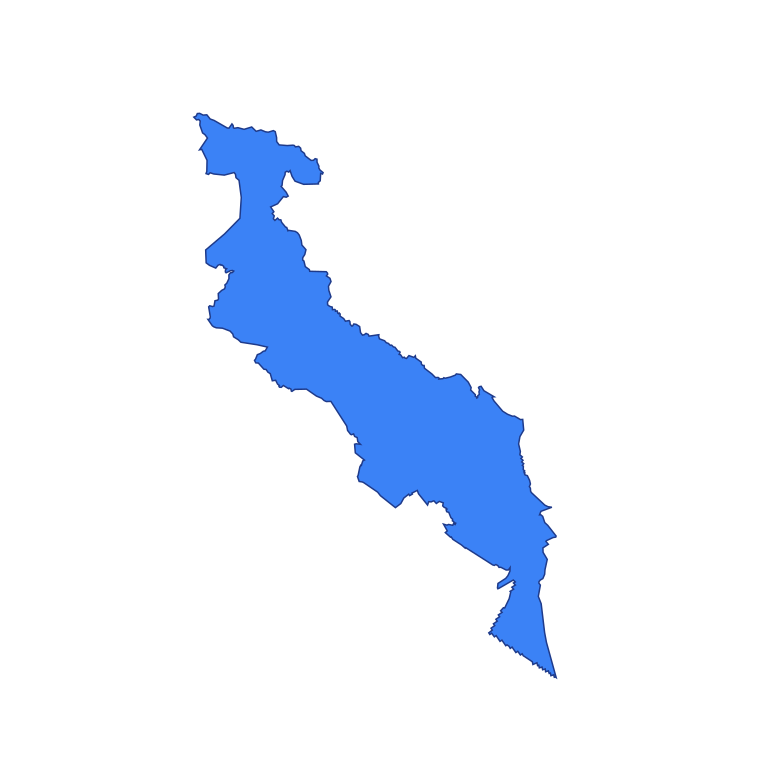 the district of Tlatlauquitepec, Puebla, Mexico, rotated 304°
{"feature_id": "50627088B68450400928549", "entity_name": "Tlatlauquitepec", "entity_type": "district", "adm_level": 2, "iso_a3": "MEX", "parent_name": "Mexico", "parent_adm1": "Puebla", "projection": "mercator", "projection_center": [-97.491, 19.839], "detail": "fine", "context": "isolated", "style": "filled", "palette": "blue", "viewbox_px": 768, "rotation_deg": 304, "n_neighbors": 0, "source": "geoboundaries", "source_scale": "gbopen_adm2", "svg_char_len": 6157}
<svg xmlns="http://www.w3.org/2000/svg" viewBox="0 0 768 768"><g transform="rotate(304 384 384)"><path d="M424.9,394.2L422.8,393.9L421.5,388.8L417.8,388.4L417.2,387.0L417.6,385.9L416.2,384.7L417.5,381.4L417.0,380.0L419.3,379.6L419.7,378.8L419.1,377.0L420.6,372.6L420.0,371.0L420.5,368.6L419.6,367.6L420.1,364.8L419.5,362.8L420.2,360.3L418.9,355.0L421.4,351.9L422.5,352.7L415.3,344.8L416.3,343.3L415.9,340.8L413.7,340.0L412.5,338.8L413.5,335.8L418.0,331.7L417.9,327.6L416.9,325.4L414.6,325.5L414.0,324.8L414.6,322.6L416.7,320.8L417.1,319.6L414.5,316.9L415.7,314.0L415.7,309.6L417.5,308.5L417.8,307.2L416.9,307.0L416.9,306.1L418.4,304.4L417.2,303.1L418.1,302.5L418.3,301.5L416.8,299.7L418.8,298.1L418.0,295.5L418.1,293.0L420.4,291.3L426.6,291.3L430.8,285.9L434.0,283.3L439.3,282.8L441.4,280.1L441.4,275.8L443.6,275.9L444.4,275.0L444.8,273.3L435.9,259.4L437.1,258.1L437.3,253.1L441.2,248.8L441.3,247.3L443.2,246.0L447.1,245.9L451.7,244.2L453.3,238.2L456.8,235.1L460.1,230.4L461.0,227.7L460.9,225.1L458.1,219.1L457.3,218.7L459.4,215.8L459.0,214.6L460.8,208.7L462.4,206.7L461.5,205.2L462.0,203.0L458.6,202.1L459.1,199.9L462.0,199.0L462.8,196.0L465.2,196.4L467.4,191.0L473.9,195.0L483.1,195.8L484.2,198.5L486.2,199.5L488.3,195.6L490.3,188.2L491.7,188.4L496.0,186.1L502.2,184.9L504.3,183.7L506.1,184.5L506.4,186.5L508.4,186.8L504.7,191.7L502.4,196.8L504.6,205.7L513.2,217.8L514.3,216.9L516.8,217.5L523.2,213.7L523.7,215.6L525.2,215.3L525.6,211.3L526.6,209.2L528.2,208.2L530.4,204.5L532.9,202.7L532.3,200.9L530.0,200.4L528.6,198.5L529.1,191.1L530.7,189.0L531.0,184.8L532.9,183.0L533.3,180.4L531.0,177.9L531.6,176.4L531.1,175.0L527.6,170.5L523.6,163.4L525.0,159.4L528.2,157.2L532.4,152.7L532.2,150.6L528.0,147.2L526.8,144.7L525.8,139.9L522.0,136.7L523.1,130.6L516.9,125.6L514.8,119.5L512.4,117.0L512.2,116.0L514.0,114.3L514.6,112.5L509.4,112.4L508.6,110.9L507.5,95.7L506.5,91.7L508.1,86.6L505.8,83.7L505.3,79.8L503.8,78.0L501.2,78.5L498.9,77.1L498.1,80.9L499.7,82.5L499.2,84.6L495.7,86.5L490.7,93.2L490.6,96.1L489.2,100.1L475.0,100.1L476.6,101.7L470.5,112.2L461.2,118.2L458.9,118.8L459.6,121.3L461.9,121.8L462.9,125.4L467.9,134.8L475.5,141.5L474.8,143.6L472.3,145.9L471.8,149.9L458.8,161.4L440.8,171.9L419.2,167.9L395.4,161.2L385.0,168.8L384.8,172.9L386.0,179.7L389.7,180.0L391.5,181.3L391.3,182.5L392.0,182.9L391.9,185.3L390.8,186.2L391.5,189.1L390.1,188.7L388.2,189.8L387.9,190.9L392.1,193.4L393.4,194.9L393.6,196.3L391.7,196.0L390.3,194.5L387.7,194.4L384.7,196.5L379.6,197.3L377.1,196.7L375.8,198.1L373.7,198.6L370.9,197.1L366.3,196.0L361.9,199.3L360.5,199.2L358.5,197.3L353.6,199.5L352.3,198.5L351.4,195.8L349.9,195.5L342.5,202.5L341.1,203.0L339.6,202.7L339.1,201.9L336.3,209.0L336.2,210.8L336.8,213.5L339.9,218.8L341.8,226.8L340.9,230.7L339.0,232.9L339.2,238.4L338.6,242.0L345.6,256.9L349.4,266.7L345.1,267.0L343.6,265.6L340.1,264.4L337.5,262.6L332.7,263.6L331.2,263.4L329.8,265.8L331.1,268.2L329.1,276.1L330.1,278.2L328.9,281.1L329.0,283.9L324.2,289.6L326.5,292.1L324.4,295.8L324.3,298.0L323.5,298.0L322.9,299.1L323.8,300.7L326.5,301.4L326.7,306.6L326.8,307.6L327.5,307.7L327.7,309.8L326.3,311.1L326.4,311.8L329.7,313.1L336.4,322.6L336.2,334.7L337.3,340.2L336.8,343.6L337.2,346.0L339.9,349.7L328.3,376.6L325.1,379.8L323.6,384.3L323.7,385.3L325.6,386.7L324.1,389.0L324.6,391.7L321.6,394.5L320.8,398.2L318.9,394.4L317.6,393.3L310.9,398.7L310.0,410.3L308.4,409.4L304.9,410.4L303.7,410.1L303.7,410.7L301.9,410.3L293.6,413.7L292.5,413.7L289.3,417.9L290.7,420.9L290.9,422.7L290.8,439.2L289.4,443.5L287.9,462.6L294.3,464.8L300.5,464.2L306.5,466.1L305.8,467.7L308.6,469.1L309.2,468.2L314.4,471.1L312.3,474.0L308.0,487.8L311.5,486.9L312.6,489.0L314.6,490.3L315.0,490.9L314.2,494.2L317.6,495.5L318.6,499.6L315.8,500.8L315.4,502.8L315.8,505.2L315.1,505.5L315.4,506.2L314.2,506.1L313.2,507.4L313.8,509.5L310.6,514.2L310.3,516.4L308.8,517.2L308.9,518.7L308.3,519.5L308.7,521.3L307.3,521.5L307.3,519.7L305.3,520.0L303.7,516.1L302.2,515.1L301.1,511.7L297.6,518.6L295.1,517.9L294.9,519.3L294.2,524.8L294.8,525.2L293.7,527.9L293.9,538.2L293.3,543.2L294.0,543.3L294.8,575.3L295.3,576.9L296.9,577.7L297.1,580.0L296.3,581.9L297.4,583.4L298.1,589.3L299.4,591.1L302.3,591.2L299.2,593.1L294.3,593.9L290.9,593.6L282.4,590.0L278.4,592.1L277.9,592.9L279.0,593.6L293.8,600.8L293.3,603.5L291.4,602.6L290.8,605.3L287.0,603.6L286.4,606.2L282.6,604.5L282.4,605.4L276.1,607.8L265.8,609.3L265.3,608.1L261.2,607.5L260.7,609.6L256.5,607.9L255.7,610.0L251.5,608.3L250.7,610.5L246.4,608.8L245.6,610.9L241.4,609.3L240.5,611.4L236.3,610.0L235.5,611.8L237.6,612.6L236.1,616.9L238.1,617.7L235.5,624.1L237.6,625.0L235.1,631.3L236.5,631.8L236.5,634.3L235.4,636.5L237.5,637.3L235.1,643.5L237.2,644.4L235.6,648.6L237.6,649.4L236.6,651.4L236.7,662.3L234.7,664.3L238.4,666.7L236.4,668.8L237.4,669.5L235.5,671.5L237.7,673.3L235.8,675.3L237.9,677.0L235.8,678.9L238.1,680.7L236.4,682.8L237.4,683.6L235.5,685.5L237.8,687.3L236.1,689.2L236.9,689.9L236.9,690.9L260.6,663.2L267.8,656.1L289.7,637.2L294.2,630.7L304.7,626.1L305.5,623.8L306.8,623.0L308.9,623.2L311.5,624.5L316.1,623.6L320.1,621.3L329.9,617.4L333.4,610.0L337.0,607.4L343.0,609.9L344.0,606.3L344.8,606.2L351.2,610.0L353.1,612.0L354.2,611.7L358.4,598.8L359.0,594.8L363.0,589.6L363.3,587.1L362.5,586.1L366.2,585.3L375.7,592.1L374.0,588.6L373.5,585.0L376.4,566.9L377.1,565.5L379.5,563.6L380.2,561.9L383.0,561.3L385.5,558.6L388.2,554.1L387.5,551.8L388.3,550.5L389.1,550.6L389.3,549.1L390.6,549.3L390.9,547.3L393.8,545.5L393.9,544.2L396.1,544.4L396.4,541.7L398.5,541.9L398.8,539.2L400.9,539.5L401.3,536.2L404.3,534.8L409.6,529.1L416.4,526.1L423.9,525.6L432.2,518.8L430.8,517.0L430.4,510.2L429.1,508.4L428.0,503.4L427.8,497.6L431.4,484.8L433.1,481.2L433.8,481.1L435.0,482.5L434.3,470.6L436.4,465.8L435.0,464.5L433.8,464.4L432.6,466.5L430.6,467.1L428.6,468.9L426.9,468.3L425.1,469.2L424.3,468.8L425.0,468.1L424.9,466.5L426.2,465.7L427.5,459.2L429.8,458.2L432.7,452.7L434.8,442.3L432.8,438.3L431.3,438.2L427.0,435.2L422.9,431.4L422.7,430.1L421.4,429.9L418.9,426.9L419.6,426.9L419.7,425.2L418.1,423.1L419.1,418.2L419.7,408.7L421.8,406.9L421.0,405.6L421.5,403.8L423.0,402.6L423.2,395.9L424.9,394.2Z" fill="#3b82f6" stroke="#1e3a8a" stroke-width="1.5"/></g></svg>